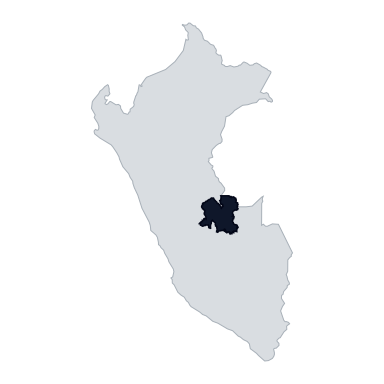 location of Atalaya, Ucayali, Peru
{"feature_id": "86281439B8185732836313", "entity_name": "Atalaya", "entity_type": "district", "adm_level": 2, "iso_a3": "PER", "parent_name": "Peru", "parent_adm1": "Ucayali", "projection": "natural_earth1", "projection_center": [-73.051, -10.43], "detail": "fine", "context": "in_parent", "style": "filled", "palette": "ink", "viewbox_px": 384, "rotation_deg": 0, "n_neighbors": 0, "source": "geoboundaries", "source_scale": "gbopen_adm2", "svg_char_len": 9188}
<svg xmlns="http://www.w3.org/2000/svg" viewBox="0 0 384 384"><path d="M272.5,100.4L272.4,101.6L271.1,102.2L269.9,101.3L268.2,101.6L265.6,98.8L259.3,99.2L256.5,102.5L252.3,103.2L247.8,104.7L242.6,105.3L234.5,110.5L232.7,112.6L229.0,115.7L226.0,116.7L224.5,126.2L221.6,131.7L220.5,134.7L222.1,139.2L222.0,141.5L220.4,143.3L219.1,143.5L216.3,145.4L212.2,149.6L211.4,152.8L212.8,157.0L212.3,157.5L208.9,158.3L209.0,160.7L208.3,161.6L211.2,165.0L212.8,165.8L212.9,166.6L212.6,167.5L212.0,167.9L211.9,168.6L214.0,171.1L215.5,176.2L218.5,178.6L218.6,180.2L219.4,181.9L221.0,183.1L224.6,188.1L224.7,190.5L220.9,195.8L227.2,195.8L234.1,197.7L235.0,198.5L235.9,200.9L236.0,202.5L237.3,203.8L237.2,206.8L246.3,206.8L252.2,206.1L261.7,197.1L263.2,196.3L262.4,198.3L262.3,199.7L262.8,201.2L261.7,203.4L261.6,225.3L263.3,224.2L265.5,226.2L267.2,226.3L272.4,223.9L278.4,224.3L292.5,252.9L291.2,254.9L291.3,256.3L289.6,257.6L287.8,259.9L287.7,271.3L286.2,274.7L287.0,276.5L287.8,280.1L289.1,282.3L289.4,283.7L289.3,284.3L287.3,285.5L287.1,287.5L283.6,291.6L283.0,294.4L281.6,295.3L281.4,298.4L284.6,303.4L282.5,306.4L280.6,310.9L283.8,320.3L285.1,321.7L286.5,321.6L288.5,322.4L289.6,323.8L287.1,325.6L286.6,326.4L286.8,329.4L284.0,331.8L280.2,337.7L279.2,338.0L277.3,339.8L276.9,340.7L277.2,341.5L278.9,343.3L279.0,345.4L276.3,348.1L274.4,348.4L273.6,349.1L274.4,352.7L274.4,354.4L273.8,356.3L272.4,358.4L268.4,360.6L264.7,361.0L258.5,355.5L256.5,353.3L250.3,348.7L249.4,343.9L247.3,341.5L243.5,339.7L240.5,337.2L238.2,336.1L232.6,330.7L227.5,328.9L217.9,323.2L212.8,321.3L206.2,315.9L202.6,314.5L199.7,312.0L191.1,306.7L189.7,305.0L188.4,302.4L186.4,300.8L184.3,297.2L181.0,295.1L177.9,292.3L174.1,284.8L172.3,283.0L172.2,279.6L170.9,278.0L172.7,276.9L173.9,271.6L173.3,269.0L168.9,261.8L168.0,258.8L164.8,253.4L163.6,250.1L161.0,247.7L159.9,245.6L158.5,244.7L158.4,242.2L157.4,237.4L156.0,235.0L150.8,230.5L150.3,225.6L149.2,222.1L142.0,208.3L137.8,195.1L134.3,187.7L132.9,183.4L132.7,181.2L130.1,177.3L128.7,173.7L122.9,166.8L119.5,159.1L119.0,156.8L116.7,152.6L113.0,147.1L111.2,144.9L100.0,138.1L94.7,133.9L94.1,131.8L94.3,130.6L95.5,129.4L97.1,130.3L98.1,130.0L98.8,128.4L98.8,126.2L97.8,123.2L94.2,117.5L95.2,115.0L91.5,108.4L92.3,102.0L93.2,100.3L98.6,93.8L100.0,91.1L102.4,89.3L104.7,86.7L107.6,84.7L108.4,85.4L109.2,88.9L109.1,91.2L109.9,93.8L107.9,96.1L105.8,95.6L105.0,96.2L104.6,97.3L105.0,99.1L105.5,99.8L107.2,99.9L105.0,103.3L105.2,103.9L106.7,104.6L108.1,103.7L109.6,101.7L110.6,101.5L116.0,104.8L118.5,104.4L120.5,106.0L120.7,108.4L123.5,113.1L127.5,114.3L128.2,113.9L129.1,112.1L130.0,111.8L130.2,109.2L133.7,106.4L134.2,104.5L133.7,103.1L133.8,102.0L135.8,95.8L136.5,95.1L137.1,93.1L137.9,91.9L139.1,84.9L140.1,84.9L141.0,86.6L142.1,86.2L141.5,84.6L141.7,84.0L145.6,78.4L146.8,77.2L165.6,69.5L175.0,61.6L183.3,50.5L185.9,39.3L186.8,40.1L188.4,39.8L187.8,35.3L188.2,33.1L188.2,32.5L185.6,29.8L184.5,26.8L182.3,25.2L182.4,24.5L184.8,25.2L186.9,24.9L188.8,23.0L190.2,23.2L193.2,25.7L195.5,26.0L196.3,27.8L198.5,29.1L201.6,33.0L203.1,37.2L203.0,38.0L204.4,40.2L207.4,41.2L210.5,44.3L213.6,45.3L215.1,48.1L215.9,49.0L216.4,50.6L215.9,52.5L216.3,53.5L218.7,55.2L220.7,55.2L221.1,56.0L222.2,60.6L221.5,63.0L221.8,64.3L224.4,65.4L225.2,66.4L227.2,66.6L230.2,65.6L233.9,67.0L236.7,66.5L238.0,66.2L239.3,65.1L240.4,65.2L243.3,62.2L244.1,62.0L247.2,63.3L249.8,65.3L253.0,64.9L254.3,63.7L256.6,63.0L260.8,65.4L261.7,66.6L262.8,66.9L267.3,69.3L268.1,70.3L270.5,71.3L271.0,72.1L270.8,73.0L260.3,92.0L263.6,93.5L266.6,92.6L268.2,93.8L269.3,96.9L271.7,99.0L272.5,100.4Z" fill="#d9dde1" stroke="#a8b0b8" stroke-width="1"/><path d="M237.2,206.7L237.3,206.4L237.6,206.3L237.7,206.1L237.5,205.8L237.6,205.6L237.3,205.4L237.5,205.0L237.7,204.6L237.9,204.4L237.7,204.3L237.6,203.7L237.7,203.0L237.1,202.6L236.7,202.6L236.2,202.1L235.9,202.1L236.1,201.8L236.0,201.4L236.2,200.4L236.0,200.2L236.1,199.6L235.8,199.7L235.5,199.4L235.6,198.2L235.3,198.1L235.0,198.3L234.8,197.9L234.7,197.8L234.7,197.7L234.3,197.3L234.0,197.3L233.6,197.0L233.3,197.2L233.1,197.0L232.9,197.3L232.1,197.1L231.9,197.3L231.5,196.9L231.3,196.8L231.2,197.0L231.1,196.7L230.9,196.8L230.9,196.7L230.4,196.5L230.1,196.4L229.9,196.4L229.7,196.6L229.5,196.3L229.4,196.4L229.3,196.2L229.1,196.3L229.0,196.2L228.8,196.2L228.7,195.8L221.0,195.8L221.2,196.1L221.0,196.4L221.2,196.8L220.9,197.1L221.2,198.0L221.0,198.3L221.1,198.7L220.8,198.9L220.8,199.6L220.7,199.9L220.8,200.3L220.7,200.5L220.5,200.3L219.9,200.5L220.0,200.8L219.8,200.9L220.4,201.7L220.3,202.1L220.4,202.8L220.6,202.9L220.6,203.3L220.8,203.5L220.6,203.7L220.6,203.9L220.9,204.0L221.1,204.3L221.6,204.2L222.6,204.4L222.7,204.7L222.4,204.9L222.5,205.2L222.7,205.6L223.2,206.2L223.0,206.5L222.7,206.5L222.6,206.9L221.8,207.4L221.8,207.7L221.4,208.4L221.1,208.2L221.1,207.6L221.3,207.0L220.8,206.7L220.7,206.2L220.0,205.8L219.7,205.6L219.3,204.7L218.4,204.1L218.3,203.5L217.9,203.4L216.9,202.9L216.8,202.1L216.0,201.4L215.7,201.3L215.2,200.4L214.5,200.1L214.1,199.2L213.7,198.8L213.7,198.3L213.3,198.0L212.4,198.2L212.1,198.0L211.3,198.0L210.3,199.2L209.0,199.5L208.6,200.0L207.6,200.4L207.3,200.9L207.3,201.3L206.7,201.4L206.3,201.2L206.1,201.2L205.7,201.7L205.4,202.4L204.9,202.5L204.3,202.5L203.8,202.8L203.7,203.1L203.3,203.0L203.3,203.5L203.1,203.7L203.0,204.2L202.5,203.9L202.4,204.3L202.7,204.8L202.4,205.2L202.1,205.4L201.8,205.8L201.6,206.4L201.8,206.8L201.7,207.2L202.0,207.6L202.4,208.0L202.4,208.5L202.5,208.8L203.1,208.7L203.4,208.8L203.6,209.7L204.5,210.0L204.8,210.4L204.6,210.7L204.8,211.0L204.8,211.8L204.7,212.1L204.4,212.3L204.4,212.5L204.6,212.6L204.2,213.4L204.5,213.8L204.5,214.3L204.4,214.4L204.6,214.8L204.8,214.9L204.8,215.0L205.0,215.1L205.5,215.7L205.5,216.0L206.2,217.8L206.2,218.2L206.3,218.9L206.2,219.1L206.1,218.8L205.7,218.5L205.3,218.5L205.1,218.3L204.7,218.4L204.8,218.7L204.4,218.9L204.3,219.3L203.8,219.1L203.8,219.3L203.3,219.9L203.4,220.1L203.0,220.2L202.8,220.6L202.7,220.7L202.3,220.5L202.3,220.8L202.4,221.3L202.2,221.7L201.5,221.7L201.0,222.1L200.7,222.1L200.6,222.3L200.7,222.5L200.7,223.1L200.3,223.3L199.7,223.1L199.4,223.4L199.3,223.6L199.5,223.6L200.3,224.2L200.5,225.2L201.2,225.2L202.0,226.0L202.5,226.2L203.0,226.2L203.4,225.8L203.9,225.8L204.3,225.5L205.2,225.5L205.4,224.9L205.9,225.1L206.1,225.1L206.2,224.9L206.7,224.9L207.4,225.1L207.8,224.9L208.3,225.0L208.7,226.4L208.6,226.9L208.8,227.5L209.1,227.9L209.7,227.8L210.1,228.3L210.6,228.3L210.7,228.2L210.6,227.9L210.5,227.0L210.6,224.8L210.7,224.4L211.2,223.7L211.3,223.1L211.2,222.9L211.3,222.5L211.2,222.1L211.3,221.5L211.8,221.4L211.9,221.0L211.8,220.6L212.2,220.3L212.5,220.2L212.6,220.6L213.6,221.3L213.7,221.5L214.6,222.3L215.3,222.6L215.3,223.9L215.2,224.3L215.4,224.7L215.5,225.4L215.7,225.6L215.6,226.0L215.9,226.2L216.6,226.4L216.8,226.8L216.7,227.0L216.8,227.4L216.7,227.5L217.1,229.5L216.9,230.4L217.0,230.7L216.6,231.0L216.6,231.6L216.8,231.5L217.1,232.0L217.7,232.3L218.1,232.0L218.2,231.6L218.6,231.3L218.8,230.9L220.2,230.9L220.5,230.7L220.8,230.7L221.0,230.5L221.3,230.4L221.6,230.6L222.1,230.6L222.9,230.2L223.2,230.4L223.8,230.0L224.0,229.4L224.6,229.1L224.8,229.2L224.6,229.3L224.7,230.1L224.9,230.0L225.1,230.2L225.2,230.5L224.9,230.8L225.3,230.8L225.2,231.1L225.1,230.9L224.9,231.0L225.0,231.2L224.8,231.2L224.8,231.3L225.0,231.3L225.4,231.2L225.5,231.3L225.3,231.5L225.5,231.7L225.4,231.6L225.5,231.5L225.9,231.8L226.0,231.5L226.2,231.9L226.5,231.7L226.6,231.9L226.7,232.1L226.9,232.1L226.7,232.3L227.0,232.4L227.0,232.2L227.3,232.1L227.4,232.3L227.4,231.9L227.6,232.0L227.5,232.3L228.0,232.0L228.4,231.6L228.6,231.6L228.7,231.8L228.7,231.6L228.8,231.6L228.7,231.8L228.8,232.2L229.0,232.2L229.1,232.5L229.5,232.3L229.5,232.5L229.8,232.5L229.8,232.8L230.0,232.6L230.1,232.8L230.3,232.9L230.2,233.0L230.4,233.1L230.4,233.3L230.5,232.9L230.7,233.1L230.7,233.3L230.9,233.1L230.8,233.3L231.3,233.1L231.4,233.4L231.4,233.2L231.6,233.2L231.6,233.3L231.8,233.1L231.9,232.9L232.0,233.0L232.0,232.9L232.1,232.7L232.3,232.6L232.3,232.4L232.6,232.4L232.8,232.2L233.0,232.3L232.9,232.0L233.1,232.1L233.2,231.9L233.3,232.0L233.4,231.7L233.5,231.6L233.7,231.8L233.7,231.5L233.8,231.6L234.0,231.3L234.3,231.3L234.5,231.1L235.0,231.0L234.9,231.2L235.1,231.1L235.2,230.8L235.6,231.0L235.6,231.4L235.9,231.4L236.0,231.2L236.2,231.5L236.8,231.6L236.6,230.6L236.9,230.0L236.8,229.6L236.9,229.4L236.9,228.8L237.1,228.6L236.8,228.3L237.0,228.1L237.3,228.1L237.4,227.8L237.9,227.7L238.1,227.4L238.1,227.1L237.7,226.8L237.2,227.0L237.2,226.9L237.2,226.2L237.3,225.8L237.1,225.3L237.0,225.2L236.6,225.4L236.3,224.9L235.9,224.6L235.1,224.8L234.8,224.6L234.6,224.6L234.4,224.5L233.8,223.9L233.7,223.6L233.4,223.4L233.3,223.1L233.3,222.6L233.1,222.3L232.6,221.8L232.4,221.3L232.4,220.9L232.7,220.6L232.7,219.9L232.8,219.8L232.8,219.2L233.0,218.5L233.6,218.7L233.9,217.7L233.9,217.3L234.1,216.8L234.0,216.6L233.6,216.2L232.7,216.1L233.3,215.7L233.4,215.4L233.4,214.9L232.9,214.4L232.8,214.0L232.5,213.7L232.7,213.1L232.5,212.8L232.6,212.2L233.0,211.4L233.4,211.0L234.2,210.6L234.3,210.4L234.8,210.0L236.2,210.2L236.4,209.7L237.6,209.7L237.8,209.3L237.8,208.5L237.9,208.4L237.5,208.1L237.1,207.1L237.1,206.8L237.2,206.7Z" fill="#0f172a" stroke="#020617" stroke-width="1.5"/></svg>